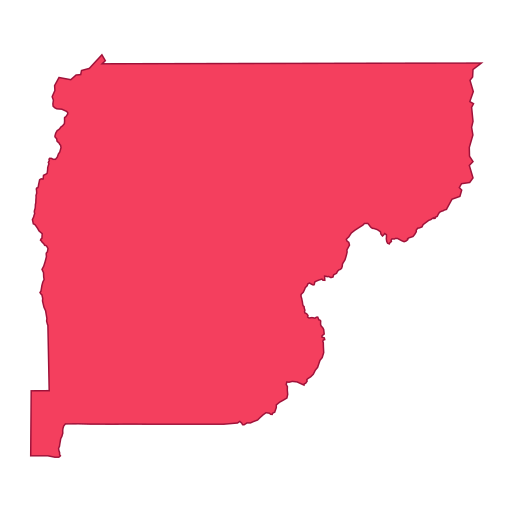 Valley, Idaho, United States of America (Natural Earth projection)
{"feature_id": "52423323B68187533986478", "entity_name": "Valley", "entity_type": "district", "adm_level": 2, "iso_a3": "USA", "parent_name": "United States of America", "parent_adm1": "Idaho", "projection": "natural_earth1", "projection_center": [-115.582, 44.683], "detail": "fine", "context": "isolated", "style": "filled", "palette": "rose", "viewbox_px": 512, "rotation_deg": 0, "n_neighbors": 0, "source": "geoboundaries", "source_scale": "gbopen_adm2", "svg_char_len": 4709}
<svg xmlns="http://www.w3.org/2000/svg" viewBox="0 0 512 512"><path d="M446.7,208.9L452.0,199.2L459.9,196.4L461.7,190.1L459.3,187.6L461.5,183.7L469.7,182.5L473.0,177.9L469.3,165.4L473.0,161.6L469.5,156.2L469.3,147.4L472.9,135.0L471.6,127.3L473.0,121.4L471.6,107.3L473.5,103.7L469.8,101.6L473.3,91.6L470.0,80.3L472.6,77.0L473.0,69.5L481.3,63.1L390.5,63.2L102.1,63.8L105.3,60.7L101.9,54.8L89.3,68.4L81.5,70.5L80.7,74.6L76.1,75.0L70.8,79.7L59.0,77.5L54.6,85.6L54.9,90.5L52.2,96.6L52.2,96.8L53.4,100.2L52.9,103.8L53.1,106.2L54.8,107.8L56.8,108.8L61.8,109.2L66.4,111.3L67.7,112.5L67.7,114.1L67.0,115.0L65.9,116.7L64.6,117.5L64.5,118.9L64.6,120.6L64.4,123.6L62.5,125.9L61.0,126.9L59.4,129.1L57.1,130.7L55.7,133.2L54.9,136.2L55.3,137.4L56.6,138.6L57.1,141.3L58.0,142.1L59.3,143.3L59.6,144.2L60.6,145.3L61.0,147.7L60.6,149.1L59.8,152.0L58.4,154.0L57.3,157.1L55.5,159.3L53.0,159.3L51.6,158.4L49.7,158.3L49.0,159.2L49.3,160.7L48.3,162.4L48.9,163.8L48.2,165.8L47.7,167.6L47.6,169.9L47.3,172.2L47.1,173.3L46.5,173.8L45.6,174.3L43.5,175.3L43.2,178.3L43.2,178.9L42.5,179.1L41.8,178.8L40.6,179.1L39.6,179.8L39.1,182.3L38.6,184.5L38.3,186.6L37.7,187.8L36.7,188.0L36.3,189.0L36.5,190.0L36.6,191.4L36.7,193.1L36.5,193.8L36.0,195.5L36.1,197.1L35.9,199.7L35.8,202.8L35.4,204.4L35.3,206.8L35.2,207.9L35.0,208.9L34.5,210.4L34.3,211.8L34.5,212.8L34.7,213.6L34.2,214.9L33.9,215.8L33.7,216.8L33.1,218.1L32.4,219.6L32.9,221.8L33.3,223.8L34.8,224.5L35.7,225.6L37.5,228.2L39.0,230.9L42.2,233.7L41.9,238.3L40.9,239.1L40.5,240.2L41.4,241.0L41.7,241.5L41.9,241.9L42.7,242.7L43.6,243.6L44.0,244.1L44.4,244.7L44.5,245.1L44.9,245.4L45.3,245.3L46.5,245.9L48.0,248.5L47.4,251.8L46.3,253.1L46.2,253.9L46.3,255.0L46.4,256.8L45.1,261.8L43.7,266.2L42.0,269.4L43.5,272.6L43.7,277.0L44.1,279.5L42.8,282.1L41.9,285.5L41.4,288.6L40.9,291.3L40.0,292.4L40.6,293.6L41.9,294.9L42.7,298.4L42.5,300.9L43.2,304.0L44.0,307.3L45.6,310.8L46.2,314.4L46.9,318.5L46.6,321.0L47.5,324.5L47.9,325.2L49.2,390.7L31.2,390.8L30.7,455.8L36.9,455.8L47.9,455.8L54.9,457.2L58.8,457.2L60.4,455.8L59.6,454.6L59.6,452.6L58.8,450.2L58.6,448.3L59.5,446.2L59.8,443.9L60.3,441.2L60.7,438.7L61.9,436.3L62.4,434.4L62.8,433.2L62.7,430.7L62.9,428.7L63.7,426.0L65.4,423.9L78.8,423.8L90.1,424.1L97.8,424.1L112.7,424.2L124.2,424.1L135.5,424.1L148.4,424.2L165.9,424.2L186.5,424.2L198.4,424.2L205.8,424.2L223.6,424.2L237.5,423.0L239.8,421.4L241.7,423.1L242.6,424.7L244.0,424.8L247.0,422.9L250.5,422.9L253.1,421.7L257.6,420.0L260.0,417.6L263.0,414.9L266.0,412.7L269.4,413.2L270.7,414.3L272.2,414.4L272.3,413.8L273.1,412.9L274.7,412.2L276.3,407.6L276.3,404.9L279.6,402.2L283.2,400.2L286.9,398.0L287.7,394.4L287.3,390.0L287.4,386.6L286.2,384.5L286.8,382.0L289.1,382.2L292.3,381.4L297.0,381.9L301.8,384.1L304.0,385.1L304.2,383.9L305.6,383.3L307.1,381.2L306.8,379.6L308.0,378.5L310.7,376.8L313.3,374.2L315.3,370.2L317.6,367.4L320.0,360.3L322.2,357.6L323.7,352.6L323.4,346.6L323.3,342.6L322.8,341.6L323.3,340.0L324.7,339.6L324.3,337.9L323.1,337.5L321.9,337.0L322.1,335.7L324.2,334.0L323.9,331.4L323.7,329.6L322.8,327.8L321.1,325.9L320.6,324.5L320.6,322.1L320.7,321.0L319.9,320.1L318.8,319.8L318.3,318.4L317.7,317.1L316.4,317.2L314.9,318.2L312.8,317.7L311.5,317.6L309.4,318.0L308.6,317.8L307.6,317.0L308.0,315.5L306.6,313.7L304.9,312.9L304.5,311.6L304.9,310.2L304.2,308.0L304.1,306.6L303.1,305.7L302.7,304.2L302.4,301.9L302.0,300.1L301.8,298.9L301.0,296.2L301.1,294.4L303.3,292.2L304.6,289.4L305.3,287.6L307.2,285.7L307.7,284.0L309.4,283.0L311.5,284.2L312.7,284.8L313.9,284.9L314.3,284.3L314.7,282.1L315.9,281.3L318.7,280.1L321.9,279.1L322.9,280.2L324.8,280.3L324.7,278.2L324.6,276.1L326.2,276.3L327.1,276.7L328.7,276.5L330.9,277.6L333.0,277.0L333.6,274.8L336.5,273.3L337.4,271.5L338.7,270.0L340.3,269.4L341.5,268.4L342.2,266.5L342.5,263.9L343.7,261.9L345.0,259.8L345.8,257.2L346.4,255.1L347.1,252.1L346.9,249.9L349.5,245.1L348.8,242.4L346.9,240.9L346.3,239.3L347.5,238.0L348.7,237.0L351.3,233.0L354.9,230.2L358.6,227.8L362.9,225.1L364.4,223.5L367.8,223.4L368.9,224.7L370.7,227.1L372.3,228.3L374.0,228.5L377.3,229.6L380.4,231.7L381.0,234.2L382.5,236.0L383.8,234.8L384.7,233.5L386.4,234.7L386.5,236.8L386.3,238.6L386.7,241.4L387.6,243.2L389.3,243.9L389.9,242.7L391.4,241.5L391.1,240.2L392.0,238.9L392.9,238.9L394.3,239.0L395.6,238.4L397.7,238.5L399.8,239.7L401.9,240.8L404.1,241.7L405.9,241.1L407.8,239.6L407.6,238.7L409.0,237.8L410.4,237.4L413.0,236.5L413.9,235.4L414.7,234.4L416.3,231.7L416.2,230.2L417.7,228.2L419.4,227.9L422.0,226.9L423.1,224.6L426.3,222.2L428.8,220.3L430.8,219.6L432.1,218.6L433.7,217.8L433.9,218.5L435.1,218.3L435.3,217.2L437.2,216.4L438.2,214.3L439.5,212.3L441.6,211.2L442.9,210.9L444.4,210.0L446.5,209.4L446.7,208.9Z" fill="#f43f5e" stroke="#9f1239" stroke-width="1.5"/></svg>